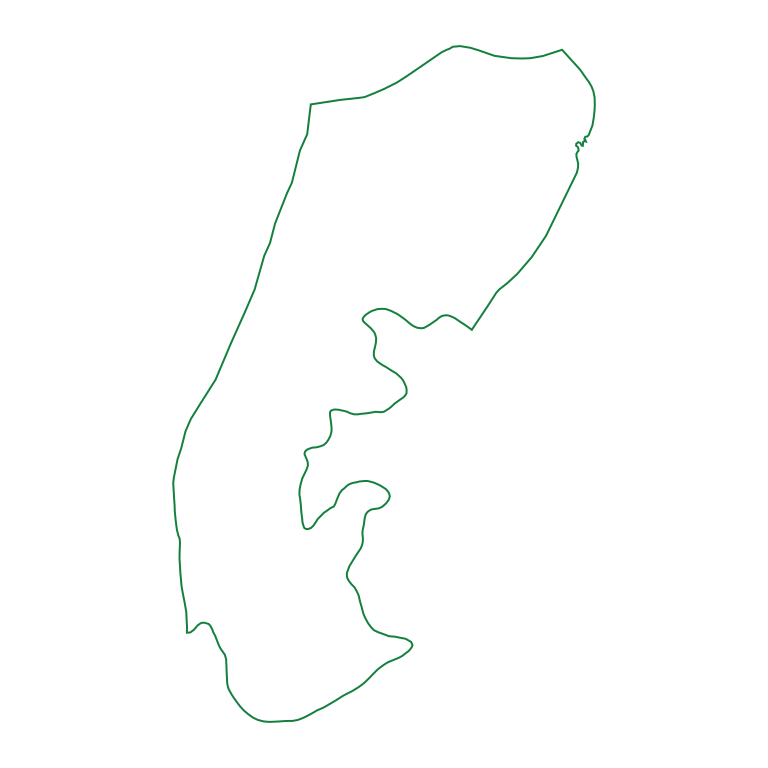 the district of Nongbok, Khammouan, Laos
{"feature_id": "54806243B28884115571756", "entity_name": "Nongbok", "entity_type": "district", "adm_level": 2, "iso_a3": "LAO", "parent_name": "Laos", "parent_adm1": "Khammouan", "projection": "natural_earth1", "projection_center": [104.827, 17.05], "detail": "fine", "context": "isolated", "style": "outline", "palette": "green", "viewbox_px": 768, "rotation_deg": 0, "n_neighbors": 0, "source": "geoboundaries", "source_scale": "gbopen_adm2", "svg_char_len": 4682}
<svg xmlns="http://www.w3.org/2000/svg" viewBox="0 0 768 768"><path d="M562.1,49.8L550.6,53.5L542.9,56.0L537.2,57.0L530.4,58.2L521.9,58.5L511.3,58.2L494.4,55.8L479.2,50.5L470.5,47.8L460.1,46.1L452.7,46.8L449.4,48.8L446.7,49.8L441.9,52.1L406.3,76.5L397.1,82.4L384.2,88.9L374.5,93.1L364.6,97.1L358.9,97.9L340.2,99.9L310.8,104.4L307.2,134.2L299.9,150.6L291.9,182.7L287.0,193.2L275.0,223.7L275.0,223.8L270.0,243.0L264.2,255.9L254.6,289.6L244.6,312.8L231.2,342.7L215.6,379.6L200.1,404.1L190.9,418.9L185.5,431.3L183.0,441.3L181.1,448.6L177.6,459.0L174.0,476.9L173.2,482.8L174.1,498.1L174.1,498.4L174.6,505.4L174.8,511.5L175.7,520.6L176.9,529.7L178.4,535.7L179.6,538.4L180.0,543.2L179.8,547.3L179.6,553.5L179.5,558.9L180.0,566.0L180.3,572.4L181.0,579.8L181.5,585.7L182.8,593.3L184.6,602.4L186.3,612.2L186.6,619.0L187.0,626.8L186.9,632.7L190.3,632.5L194.1,629.6L197.6,625.4L201.2,622.9L204.2,622.7L208.6,623.9L210.4,625.9L212.5,629.9L213.1,631.9L215.3,636.1L217.4,641.6L219.0,645.7L220.6,648.7L223.0,652.1L224.8,654.6L226.2,659.5L226.3,663.7L226.5,667.2L226.6,670.8L227.0,679.2L227.2,683.2L227.9,686.6L228.5,688.7L229.6,690.9L231.4,694.1L233.9,698.0L237.2,702.6L240.3,706.6L244.3,710.9L248.5,714.4L253.3,717.8L258.1,720.0L263.5,721.4L269.2,721.9L276.5,721.6L286.0,721.0L292.6,720.9L297.6,720.0L302.2,718.3L306.1,716.5L312.8,712.9L317.2,710.3L323.7,707.5L335.3,700.7L343.4,695.6L347.8,693.3L352.4,691.0L356.4,688.5L358.2,687.4L360.7,685.6L363.2,683.7L365.2,682.0L370.2,677.1L373.0,674.1L375.8,671.3L377.6,669.5L381.6,666.4L384.3,664.5L388.2,662.1L393.7,659.9L398.8,657.8L402.3,655.9L405.9,653.1L408.8,650.9L410.6,648.8L411.9,646.9L412.5,645.0L411.1,641.9L408.8,640.6L405.7,638.8L400.3,637.8L395.1,636.7L389.0,636.2L384.2,634.4L377.9,632.1L373.8,630.1L371.3,627.5L368.4,623.7L365.4,618.4L363.3,613.5L362.0,608.3L360.0,601.4L358.6,595.3L356.7,591.2L354.5,587.3L351.5,584.3L348.9,581.0L347.2,577.8L346.8,574.3L347.0,572.7L347.7,570.8L349.3,566.4L350.9,563.7L354.1,558.5L356.6,554.5L360.6,548.6L362.0,545.3L362.8,541.8L362.9,538.1L362.4,533.4L362.8,529.3L363.8,525.1L364.6,518.7L365.7,514.4L367.3,512.2L368.8,510.9L371.0,509.6L373.9,509.0L378.6,508.4L381.9,507.0L385.2,504.2L386.3,503.1L387.5,501.4L388.3,500.5L389.3,498.4L389.4,498.1L389.4,497.7L389.8,496.3L389.2,493.5L387.8,491.3L386.1,489.3L383.3,487.4L380.0,485.4L376.9,483.9L373.5,482.5L370.1,481.6L367.5,481.0L364.9,481.0L362.2,481.2L359.5,481.5L356.3,482.3L352.8,482.9L349.3,484.2L346.7,486.0L344.3,488.3L341.9,490.2L339.6,493.2L338.5,495.7L337.5,498.1L337.4,498.3L335.1,504.3L333.6,506.7L330.8,507.9L327.1,510.6L324.0,512.7L321.3,515.4L317.7,519.1L315.2,523.0L313.5,525.5L311.2,527.8L308.6,528.9L306.2,529.1L304.3,528.0L303.3,525.2L302.4,522.1L302.3,519.8L301.3,511.8L300.8,504.7L300.0,498.0L299.4,494.7L299.6,489.5L300.5,484.7L302.3,478.4L304.5,473.8L306.6,469.4L307.9,465.5L307.7,462.0L306.6,459.1L305.2,455.8L304.6,454.5L304.6,453.3L305.0,451.7L306.9,449.7L309.5,448.6L312.1,447.7L316.4,447.3L320.1,446.4L323.7,445.0L326.4,442.6L328.4,439.7L330.3,436.0L331.3,432.5L331.6,430.2L331.5,427.2L331.2,424.1L330.7,420.1L330.1,416.3L330.0,412.2L331.1,410.6L334.1,409.5L338.4,409.7L344.3,411.0L347.0,411.7L349.8,413.1L354.1,414.3L358.2,414.3L360.4,413.9L364.9,413.5L369.9,412.8L375.4,411.8L381.0,412.2L384.0,411.7L389.1,408.5L391.1,406.9L394.5,403.7L399.7,399.9L403.4,397.4L405.3,395.3L406.5,393.4L406.6,390.8L406.6,389.4L406.1,386.8L404.7,383.6L403.2,380.6L401.3,378.0L398.7,375.6L396.0,373.2L392.3,371.1L385.8,366.9L383.0,365.4L380.5,363.8L377.2,361.4L374.8,358.5L373.9,355.9L373.8,353.1L374.2,350.0L374.7,348.4L375.0,346.8L375.4,345.2L375.9,342.7L376.2,338.6L375.5,335.5L374.8,333.4L373.9,331.9L372.2,329.9L370.7,328.1L369.1,326.7L366.8,324.6L364.8,322.9L363.1,321.0L362.6,318.9L363.7,316.9L365.6,314.9L369.1,312.5L372.0,310.9L377.5,309.1L382.6,308.8L385.7,309.0L386.9,309.4L390.9,310.8L395.3,313.0L398.0,314.4L405.1,319.5L409.9,323.6L413.1,325.9L417.0,327.7L421.2,328.3L424.0,327.9L426.6,326.5L429.8,324.6L434.1,321.6L436.5,320.0L439.2,317.6L442.1,315.9L445.2,315.3L447.6,315.3L450.4,316.1L455.1,318.3L458.4,320.6L461.6,322.7L466.2,325.7L471.8,329.8L487.7,306.1L496.2,292.9L499.1,289.6L504.0,285.7L507.1,283.3L517.3,273.9L531.8,257.0L546.1,235.7L576.9,172.6L578.0,167.8L578.2,163.6L577.3,159.9L576.5,156.6L576.4,154.0L577.6,151.7L578.6,150.7L578.2,147.8L577.4,146.6L576.1,145.7L576.3,143.8L578.1,142.2L580.1,142.8L581.1,144.4L581.5,145.5L582.8,145.8L583.0,143.4L583.1,141.9L584.2,141.2L586.0,141.6L585.2,139.7L584.3,138.9L585.3,136.8L587.5,136.4L588.8,134.8L592.4,125.6L593.7,118.1L594.6,109.9L594.8,104.9L594.6,97.5L593.3,91.0L591.5,86.5L589.1,82.3L585.8,77.8L580.3,69.9L562.1,49.8Z" fill="none" stroke="#15803d" stroke-width="2"/></svg>